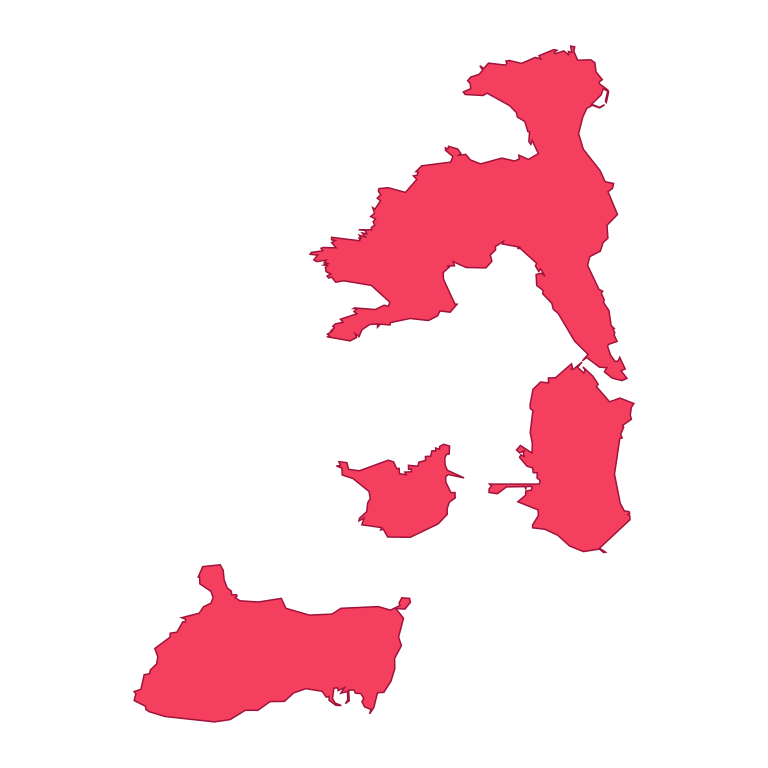 the district of Giske nor, Norway
{"feature_id": "86288312B39553824960786", "entity_name": "Giske nor", "entity_type": "district", "adm_level": 2, "iso_a3": "NOR", "parent_name": "Norway", "parent_adm1": "", "projection": "albers", "projection_center": [6.074, 62.527], "detail": "fine", "context": "isolated", "style": "filled", "palette": "rose", "viewbox_px": 768, "rotation_deg": 0, "n_neighbors": 0, "source": "geoboundaries", "source_scale": "gbopen_adm2", "svg_char_len": 6066}
<svg xmlns="http://www.w3.org/2000/svg" viewBox="0 0 768 768"><path d="M574.7,46.9L570.7,46.1L571.7,52.4L568.4,51.5L568.5,54.8L563.9,50.9L555.4,53.6L554.2,52.4L557.0,50.3L553.8,49.6L539.0,55.7L540.8,58.9L535.3,57.4L521.5,63.4L509.5,60.5L506.0,61.0L506.9,63.2L505.5,65.1L488.5,63.1L483.8,68.5L479.8,65.7L482.7,70.0L479.2,74.3L470.8,77.0L467.6,80.7L470.3,83.6L470.6,88.7L463.3,92.0L465.2,94.5L483.0,95.5L487.1,93.2L509.6,105.6L516.6,112.8L517.3,117.0L524.8,121.5L527.8,131.5L529.5,131.9L528.9,141.6L530.8,144.4L532.2,140.6L538.4,153.6L528.4,159.4L518.8,155.2L519.4,159.0L514.6,161.0L501.8,158.1L480.6,163.9L470.4,159.9L465.7,154.4L458.6,155.3L460.8,153.4L457.7,149.0L448.6,146.3L447.8,149.2L445.4,147.8L445.5,150.3L452.9,156.5L450.7,162.1L421.7,165.8L415.9,171.7L418.2,172.0L417.1,175.2L413.4,175.9L416.8,179.4L405.4,192.4L388.2,187.7L378.9,188.6L378.4,191.3L380.8,194.7L377.2,198.2L380.5,200.7L375.0,209.1L372.7,207.6L374.5,213.3L370.6,216.6L375.6,218.9L373.1,221.6L374.7,225.3L371.3,227.4L371.5,229.9L358.7,229.7L365.3,230.5L366.8,233.8L362.1,232.9L365.2,236.9L359.2,235.2L360.9,238.2L359.0,238.2L360.1,239.9L359.1,240.7L331.6,237.3L331.5,239.8L335.1,240.5L331.6,242.7L336.1,247.8L323.3,247.5L321.0,248.3L322.7,250.8L311.3,252.4L310.1,254.3L317.7,255.1L313.8,259.9L316.6,261.6L326.2,260.2L324.1,262.9L327.5,263.5L323.7,265.0L327.5,265.5L325.4,267.5L326.1,271.6L330.8,274.1L327.1,276.0L328.5,278.0L331.7,277.2L335.7,282.2L343.8,280.8L371.3,285.4L389.8,302.2L388.4,306.4L384.2,305.2L375.2,309.5L354.5,307.9L353.4,308.6L357.4,308.6L353.9,311.6L356.9,313.8L340.4,319.2L343.1,322.3L335.5,323.8L332.8,326.3L334.4,327.7L331.0,330.8L332.1,331.2L327.4,334.2L331.0,337.4L326.7,336.7L350.1,340.9L356.5,337.5L355.3,333.7L359.0,336.7L361.9,329.8L369.7,324.5L377.5,324.0L377.5,327.2L379.6,324.9L378.3,324.0L390.0,325.0L390.4,322.6L410.1,318.5L428.5,320.5L437.7,315.8L439.9,311.0L450.2,312.2L457.1,304.2L454.9,304.0L443.5,279.2L443.2,272.6L449.3,267.0L447.1,265.9L454.5,265.8L453.2,261.7L466.1,267.5L485.9,267.9L491.9,261.3L490.3,255.0L495.6,249.9L495.4,246.5L503.4,241.5L502.4,244.0L519.6,247.2L517.4,248.6L520.1,248.3L536.7,263.4L535.4,265.9L538.8,271.5L540.6,268.9L545.0,276.2L541.4,273.2L536.1,274.5L536.7,285.4L543.1,290.5L542.7,293.8L551.8,303.3L553.3,309.3L558.1,313.3L574.6,341.1L588.1,354.4L582.4,360.8L586.6,357.5L599.5,367.2L606.8,367.7L604.4,371.9L612.2,378.1L621.9,380.6L627.0,378.4L621.0,370.7L625.2,369.0L619.7,357.3L618.1,361.1L615.0,361.3L610.6,355.2L607.6,346.5L608.3,344.5L617.1,341.4L614.1,334.8L614.8,332.7L613.0,329.1L614.3,328.6L611.1,325.5L609.0,310.7L603.6,302.6L604.2,299.7L601.3,293.2L602.7,291.2L599.0,289.4L587.6,265.4L589.8,256.6L600.3,251.2L603.1,242.6L607.9,238.2L607.0,225.2L617.5,214.5L608.0,191.7L612.5,188.4L613.6,183.5L605.1,181.7L600.2,170.8L583.3,149.2L578.6,133.6L582.8,117.0L586.8,108.4L592.3,105.3L599.6,107.9L603.6,105.5L604.5,104.6L599.7,107.4L591.6,104.3L601.2,94.8L603.2,88.8L607.7,91.1L605.4,101.2L606.3,102.5L608.6,92.0L607.9,90.1L599.6,83.9L599.2,81.8L602.3,79.7L596.0,71.8L594.9,62.7L590.7,59.8L577.7,60.2L573.9,51.5L574.7,46.9ZM220.2,564.8L202.7,566.6L198.2,577.1L199.6,577.2L199.9,583.9L210.9,591.3L213.1,597.6L211.0,603.1L203.5,606.8L199.2,613.2L181.6,617.7L185.6,619.3L185.4,621.9L182.8,621.8L176.9,632.2L170.2,633.2L170.0,637.2L154.8,648.5L157.8,656.7L156.6,664.0L150.3,670.0L149.6,673.7L144.2,674.7L140.9,689.3L134.1,691.6L135.9,693.7L134.2,700.6L145.4,706.2L145.9,709.5L149.2,711.7L164.9,716.5L214.5,721.9L230.1,719.6L245.3,710.3L257.9,710.3L270.1,701.6L284.4,701.4L293.7,692.9L305.9,688.7L322.1,691.3L326.3,697.2L329.0,696.4L329.1,700.4L336.0,705.4L341.3,705.5L335.2,703.1L332.5,698.7L333.9,688.1L337.9,687.9L338.0,690.6L344.5,687.7L340.8,693.2L347.4,691.5L347.8,700.1L345.3,703.6L349.2,700.8L348.7,690.1L353.9,690.0L355.5,693.2L360.9,693.6L363.8,698.6L361.9,701.6L364.6,706.9L371.0,709.4L369.6,713.9L373.8,707.6L377.5,692.8L383.8,692.4L391.0,681.2L394.8,668.6L394.6,658.5L401.4,645.7L398.6,637.0L403.5,618.2L395.7,608.5L404.9,609.1L410.4,602.4L409.6,598.4L401.8,597.8L399.1,603.0L399.9,605.6L390.4,610.1L378.3,606.6L341.0,608.3L331.9,614.1L309.3,615.1L285.9,608.3L281.3,598.4L258.4,602.0L239.9,600.8L235.1,597.6L237.1,596.0L236.2,594.6L231.8,595.0L231.3,591.1L227.1,587.8L224.1,579.7L223.2,570.3L220.2,564.8ZM583.8,373.1L577.6,367.3L582.1,362.0L573.4,369.3L571.3,369.0L572.4,367.5L571.5,363.8L555.5,377.7L548.4,378.0L548.5,382.9L540.6,382.0L533.0,389.3L530.0,405.0L530.3,408.6L532.9,410.6L530.2,432.5L532.3,443.3L532.0,453.0L520.4,445.5L516.5,450.0L519.6,452.9L525.1,450.2L523.2,452.2L524.2,456.5L521.0,454.8L519.5,457.3L527.0,466.2L532.6,467.9L533.2,472.7L537.3,472.7L537.0,477.9L540.4,480.9L539.0,484.1L489.5,484.1L491.5,486.1L489.1,488.9L489.0,492.5L497.5,493.7L506.5,486.9L524.9,486.6L525.9,489.6L525.8,486.7L531.7,486.3L531.7,489.9L525.7,491.2L525.6,495.2L517.8,501.8L538.0,509.9L538.4,515.5L532.6,524.9L532.6,527.8L545.0,529.3L557.8,535.3L569.6,546.0L583.4,551.6L599.4,549.1L603.8,552.6L605.6,552.2L599.5,548.2L630.0,519.7L629.8,515.7L627.9,514.7L629.8,513.4L629.0,511.6L624.3,510.9L620.2,503.2L614.5,474.1L619.8,438.6L622.2,437.9L620.6,434.5L623.7,427.2L622.6,425.4L631.4,419.2L630.3,415.2L631.3,407.4L633.9,403.5L619.9,398.1L609.6,401.8L596.4,386.6L598.2,384.2L592.8,376.1L582.9,366.9L585.0,369.9L583.8,373.1ZM449.6,446.0L443.5,444.3L439.6,446.5L439.7,449.2L435.6,448.0L435.8,450.7L431.8,450.9L430.7,456.2L425.4,456.5L425.5,460.5L418.9,462.1L417.8,466.2L408.4,465.3L408.6,469.3L411.3,469.1L411.4,471.8L404.7,472.1L406.2,474.7L399.5,473.7L399.2,468.4L396.6,468.5L393.6,461.9L388.2,460.2L359.3,470.8L348.6,469.3L346.9,462.7L338.9,461.7L340.4,465.7L336.4,465.9L341.9,468.3L342.2,475.0L353.0,478.5L369.0,491.5L370.3,498.5L367.7,502.8L366.7,511.6L359.5,518.2L358.9,520.9L364.1,518.0L361.8,524.8L381.6,527.6L380.7,530.0L383.3,529.2L387.7,537.0L410.3,537.3L438.1,523.9L447.3,514.3L447.1,508.9L449.4,502.1L455.2,497.9L455.0,492.5L451.0,492.7L445.9,482.3L445.6,476.9L448.2,474.5L464.1,477.9L447.3,470.2L445.1,464.9L444.8,458.3L446.6,454.2L449.2,454.1L449.6,446.0Z" fill="#f43f5e" stroke="#9f1239" stroke-width="1.5"/></svg>